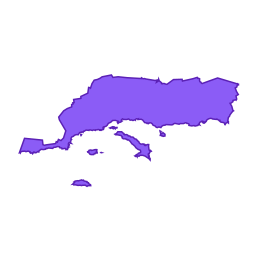 Loreto, Baja California Sur, Mexico (Robinson projection), rotated 101°
{"feature_id": "50627088B56392169999769", "entity_name": "Loreto", "entity_type": "district", "adm_level": 2, "iso_a3": "MEX", "parent_name": "Mexico", "parent_adm1": "Baja California Sur", "projection": "robinson", "projection_center": [-111.2, 25.885], "detail": "fine", "context": "isolated", "style": "filled", "palette": "violet", "viewbox_px": 256, "rotation_deg": 101, "n_neighbors": 0, "source": "geoboundaries", "source_scale": "gbopen_adm2", "svg_char_len": 5965}
<svg xmlns="http://www.w3.org/2000/svg" viewBox="0 0 256 256"><g transform="rotate(101 128 128)"><path d="M91.0,27.7L90.5,28.5L86.8,30.3L84.3,32.5L84.0,31.7L82.1,30.0L80.9,30.2L79.7,27.6L80.0,27.2L78.9,26.8L75.9,28.1L74.1,26.1L71.4,28.5L68.2,30.4L67.0,29.0L65.5,29.0L64.6,28.5L64.6,27.8L63.9,27.9L63.9,28.9L63.6,29.1L63.8,29.5L61.8,49.6L70.2,63.7L69.9,64.6L69.1,65.2L68.8,66.3L67.9,66.8L66.0,67.1L65.7,68.7L65.9,69.0L65.1,69.7L67.3,73.8L71.5,83.5L69.9,84.2L71.8,92.6L77.7,98.1L77.7,100.0L77.4,100.4L77.7,102.6L78.1,102.9L78.0,103.6L77.1,103.9L75.7,106.4L74.3,107.2L76.2,107.2L77.7,108.8L75.4,108.6L76.2,110.5L76.5,120.0L76.3,121.1L76.8,122.6L76.2,124.3L76.9,124.3L78.8,138.4L79.6,147.5L81.2,152.4L79.1,154.4L82.7,163.2L84.3,164.7L86.2,167.3L87.5,170.3L91.3,171.8L95.9,172.4L95.7,172.7L95.7,174.4L101.5,174.1L106.0,180.3L107.9,179.9L110.4,186.8L113.3,185.8L113.8,187.0L114.8,186.5L115.7,187.8L118.0,187.3L120.5,191.3L123.4,194.4L130.5,198.1L133.1,196.9L142.6,188.5L150.2,189.4L153.1,191.4L152.5,194.1L155.4,194.6L155.1,195.8L157.1,196.1L160.3,205.5L160.9,206.5L160.6,208.3L156.2,209.7L157.9,227.6L173.1,229.9L172.8,229.1L173.0,228.9L172.3,228.8L171.3,228.0L170.4,224.8L170.7,223.7L169.8,221.7L170.0,219.7L170.4,219.3L170.9,219.5L171.3,218.7L170.7,217.5L171.5,216.7L169.6,215.9L169.6,214.9L170.1,214.6L169.7,213.4L168.3,212.0L168.6,211.0L167.3,210.9L165.5,209.2L165.3,206.8L164.8,205.5L164.4,205.2L164.5,204.8L163.6,204.3L163.7,203.6L162.8,202.2L162.4,198.0L161.2,197.3L160.6,195.2L159.7,193.9L159.5,191.7L160.4,191.2L160.3,189.2L161.1,188.8L160.0,185.9L160.5,184.7L161.0,184.8L160.7,183.3L159.5,183.3L158.8,182.8L158.5,183.1L157.9,182.3L157.7,183.2L156.5,183.1L156.0,182.3L155.2,182.6L155.1,183.5L154.1,183.4L153.5,183.0L153.2,182.1L153.9,181.5L153.9,180.8L153.3,181.7L150.8,181.7L150.1,181.2L149.7,181.9L148.7,181.9L147.3,181.3L146.6,180.0L145.5,179.3L144.6,178.0L144.1,176.5L144.2,175.7L141.7,174.6L141.0,173.2L141.1,172.7L140.6,172.3L140.5,171.6L140.8,171.3L139.6,170.9L139.4,170.1L138.5,169.4L138.0,168.5L137.8,165.9L137.5,165.9L137.1,164.9L137.2,162.4L136.6,161.8L136.4,160.7L136.6,159.6L135.9,159.3L135.8,158.2L135.2,157.1L135.1,156.4L135.7,155.3L135.5,154.3L135.0,154.7L134.7,152.9L134.1,151.8L132.9,151.7L133.1,152.2L132.8,152.6L131.7,152.4L130.6,150.0L129.2,148.9L127.2,148.2L125.6,146.0L123.6,144.6L122.9,141.9L123.3,138.7L124.4,138.7L124.1,139.4L124.5,139.5L125.4,138.7L124.4,138.0L123.6,136.3L122.3,135.1L122.1,136.0L121.2,136.0L120.1,135.2L120.4,134.0L120.0,131.2L119.0,129.0L119.8,127.7L119.8,126.9L119.4,126.0L119.7,124.6L118.6,122.7L118.8,122.3L118.3,122.4L117.3,121.4L117.2,120.7L117.6,120.0L117.3,119.7L117.7,119.7L116.9,116.8L117.3,115.2L119.5,112.7L119.5,110.9L119.9,110.2L119.4,109.7L119.3,108.5L119.5,108.5L118.7,107.6L118.6,106.5L119.1,105.2L120.5,103.9L120.8,101.9L121.9,100.4L122.0,99.3L121.3,98.3L121.1,97.6L121.3,95.8L119.9,95.2L118.8,94.1L118.0,91.9L117.4,91.4L116.6,85.7L116.1,84.6L115.3,84.2L114.5,82.8L114.5,78.5L113.7,77.6L113.1,74.4L111.9,72.6L111.9,71.6L112.3,71.0L112.1,70.5L112.3,69.4L112.6,68.8L113.8,68.7L113.8,65.9L113.0,63.6L113.3,62.6L112.1,59.8L111.0,59.5L111.2,58.4L110.7,58.9L108.9,58.7L108.2,58.0L107.7,56.6L107.2,56.6L107.2,55.5L107.7,55.2L108.5,55.5L108.8,55.0L108.1,54.4L108.5,53.9L107.9,53.4L107.8,53.9L107.5,54.0L106.4,52.4L105.4,52.3L104.6,51.7L103.6,50.6L102.8,49.0L102.7,47.4L103.0,46.8L102.7,42.8L102.3,42.5L102.6,41.4L103.0,40.8L103.0,39.9L103.3,39.8L103.1,39.2L103.9,39.1L104.5,37.9L104.4,35.1L104.8,34.6L104.9,33.8L106.0,33.7L106.2,33.4L104.5,32.7L103.7,31.8L103.5,31.1L103.9,30.4L102.4,30.7L102.2,31.4L98.6,31.5L96.8,30.5L95.8,30.5L93.7,29.5L91.6,28.4L91.0,27.7ZM155.2,100.2L154.4,100.3L154.1,101.0L153.5,100.7L153.2,101.5L151.8,102.4L151.7,101.8L150.9,102.1L150.3,102.8L149.8,102.7L149.7,103.1L149.3,103.0L149.2,102.3L147.4,102.0L146.4,100.7L145.6,101.7L145.9,102.7L145.1,103.3L142.1,104.3L140.3,104.5L140.4,105.5L141.4,107.2L141.2,107.7L141.8,107.4L142.0,107.9L141.7,108.5L141.2,108.4L141.0,109.7L140.7,110.1L141.3,111.8L141.3,112.6L140.7,113.9L139.2,115.0L138.7,116.3L137.5,117.5L137.3,119.4L136.0,121.3L136.3,123.6L135.5,124.6L135.7,126.3L135.2,126.6L134.7,128.0L135.3,130.2L134.9,130.9L134.2,130.9L133.7,132.4L132.9,133.4L133.6,137.3L135.7,138.3L136.6,139.7L137.0,139.0L136.7,137.1L136.7,133.5L137.8,131.9L138.7,132.0L139.5,130.6L139.1,128.4L139.5,127.4L139.3,127.0L139.9,126.3L139.6,125.8L139.7,125.0L140.7,123.3L142.9,121.0L143.1,120.2L144.6,117.7L145.8,116.6L147.1,114.0L147.4,111.7L148.5,111.1L149.7,111.0L150.8,113.0L151.7,113.3L152.7,114.9L153.5,114.8L154.1,115.9L154.5,115.2L154.1,114.1L154.5,113.6L154.0,113.7L153.5,113.2L153.7,111.4L153.9,111.2L153.3,111.6L152.5,111.1L152.0,108.2L152.3,105.9L154.1,101.6L155.2,100.2ZM192.3,156.4L191.7,153.6L190.9,153.9L190.3,155.5L189.8,156.3L189.3,156.4L189.4,156.8L188.5,158.0L188.8,158.4L188.4,158.7L188.4,160.6L188.1,161.7L187.7,161.8L188.1,163.0L187.8,163.6L189.4,166.7L189.3,167.2L190.2,169.8L191.0,170.5L191.0,170.1L191.6,170.0L193.7,171.6L193.5,171.0L194.2,170.5L193.8,168.6L193.9,166.2L193.3,164.0L193.4,162.7L193.0,162.0L192.3,159.1L193.1,157.1L192.3,156.4ZM158.4,153.5L157.5,153.7L157.2,154.5L155.3,154.3L155.2,154.5L155.5,156.2L157.0,159.3L156.7,159.8L156.8,160.9L157.3,161.8L157.7,161.6L158.1,162.3L158.8,162.6L159.0,163.1L159.4,162.9L159.6,161.9L161.1,160.2L161.1,158.8L160.6,156.6L159.6,156.2L159.5,155.4L158.8,155.2L158.4,153.5ZM128.8,90.2L127.1,90.5L125.9,92.8L127.0,93.7L127.0,94.1L125.7,95.6L125.2,95.7L125.0,95.3L124.8,96.0L125.6,95.7L127.0,94.8L129.1,94.9L128.9,93.4L129.4,93.1L129.2,92.3L129.5,91.9L128.8,90.2ZM129.5,138.9L129.4,139.2L129.4,139.4L129.5,139.1L129.9,139.3L130.1,140.3L130.0,141.5L129.6,141.5L129.6,143.2L131.4,145.9L131.7,145.0L130.9,144.0L131.6,142.3L131.1,142.0L131.1,142.3L130.8,141.6L131.1,140.8L130.7,141.0L130.1,138.9L129.5,138.9ZM144.3,172.7L143.4,172.3L143.2,173.1L143.8,173.1L144.3,172.7ZM157.3,149.9L157.4,149.6L157.2,149.1L157.1,149.7L157.3,149.9Z" fill="#8b5cf6" stroke="#5b21b6" stroke-width="1.5"/></g></svg>